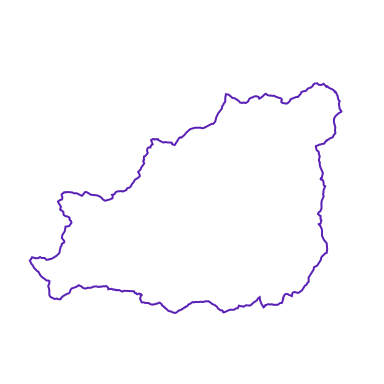 Zlatna, Alba, Romania (orthographic projection), rotated 102°
{"feature_id": "2599482B73731992881180", "entity_name": "Zlatna", "entity_type": "district", "adm_level": 2, "iso_a3": "ROU", "parent_name": "Romania", "parent_adm1": "Alba", "projection": "orthographic", "projection_center": [23.215, 46.13], "detail": "fine", "context": "isolated", "style": "outline", "palette": "violet", "viewbox_px": 384, "rotation_deg": 102, "n_neighbors": 0, "source": "geoboundaries", "source_scale": "gbopen_adm2", "svg_char_len": 5940}
<svg xmlns="http://www.w3.org/2000/svg" viewBox="0 0 384 384"><g transform="rotate(102 192 192)"><path d="M292.7,336.4L295.6,334.2L296.8,332.6L299.1,330.6L301.4,327.2L302.1,325.5L304.8,323.2L306.6,320.8L307.3,318.8L308.8,315.9L308.5,313.8L308.8,312.9L311.5,312.6L313.3,313.1L314.1,313.0L317.0,311.4L322.7,310.0L324.0,308.7L325.2,304.2L324.3,301.9L324.7,300.5L324.2,298.2L322.7,297.9L320.7,296.5L317.8,293.3L316.8,291.5L315.8,290.8L313.3,290.5L311.4,289.7L308.7,285.2L306.8,283.6L306.7,283.3L307.1,282.6L307.2,281.1L308.6,278.3L308.6,276.7L308.2,275.2L307.3,274.1L307.4,273.9L306.6,270.7L305.1,268.8L304.4,266.7L304.2,265.4L304.4,264.0L303.7,262.1L303.8,261.9L302.7,259.4L302.5,257.7L301.8,256.7L302.2,255.4L303.0,254.2L304.5,253.7L303.5,250.7L303.8,249.3L303.5,248.9L303.8,248.0L303.6,247.6L303.8,246.3L303.8,245.7L303.5,245.7L303.5,243.9L303.2,243.6L303.1,242.7L303.9,239.6L303.6,238.9L302.8,238.2L301.4,229.5L301.3,227.9L302.6,227.0L302.8,226.6L302.6,225.7L302.7,225.3L303.4,224.6L303.2,223.8L302.3,222.5L302.6,220.4L303.2,219.9L303.6,220.8L304.6,220.4L307.2,220.6L310.4,218.3L310.0,216.1L310.3,214.9L309.9,213.4L309.9,212.9L309.6,211.4L310.3,209.7L310.5,207.3L309.7,206.0L309.5,204.6L308.4,203.4L308.2,202.3L307.0,201.1L307.1,200.1L308.2,198.2L308.5,198.2L309.3,197.5L309.6,196.2L310.2,195.7L310.6,194.6L311.0,194.4L311.5,193.0L313.0,190.7L313.3,189.6L313.1,188.1L313.6,186.8L313.9,183.6L313.0,182.0L310.7,180.4L310.6,179.8L310.1,179.3L310.1,179.0L309.1,177.7L308.6,177.5L308.6,177.2L306.2,175.0L306.1,174.5L305.4,174.3L305.0,173.3L304.3,172.7L302.7,172.1L302.0,170.8L300.0,169.1L299.4,168.2L299.6,167.3L298.7,165.3L298.6,164.0L297.4,160.0L297.4,158.8L297.0,157.6L296.4,156.8L295.7,154.6L295.7,153.7L295.4,153.3L296.3,150.8L297.3,149.1L297.8,146.4L299.2,143.5L300.5,142.4L301.8,139.5L301.5,138.1L301.8,137.3L303.1,136.6L303.1,135.7L299.3,130.4L298.5,126.6L296.7,124.7L296.1,123.0L293.4,122.5L293.6,120.7L293.3,119.1L293.6,117.9L291.6,115.7L291.0,111.7L290.5,111.0L287.1,108.6L284.8,106.2L282.2,105.2L280.8,103.9L283.6,103.0L286.8,100.9L288.2,99.7L288.4,99.2L290.0,98.1L289.2,97.2L287.3,96.7L287.1,95.8L285.9,94.3L285.8,92.2L285.1,90.5L285.4,89.8L285.3,88.4L285.3,87.6L284.9,86.9L284.7,85.2L284.1,84.2L282.9,83.4L282.2,82.4L281.8,81.0L281.3,80.8L278.1,80.7L277.4,80.4L276.4,81.0L275.4,80.5L273.7,80.3L272.7,79.6L272.0,78.2L271.9,77.3L272.6,75.6L272.6,74.4L273.1,72.7L270.0,72.7L269.5,72.5L268.5,71.1L268.7,67.9L268.3,66.7L265.4,64.0L260.3,62.1L258.8,60.7L257.4,60.4L255.4,59.2L251.5,60.2L242.9,57.0L240.1,57.0L238.6,54.9L237.6,54.1L231.7,51.9L229.5,52.0L228.1,51.5L224.1,48.7L223.5,47.6L219.7,47.9L214.1,49.6L211.2,53.2L207.8,55.7L202.7,56.8L200.9,57.6L197.9,59.9L197.9,60.6L197.1,61.3L196.1,59.7L192.6,59.6L191.7,60.7L188.7,61.2L188.5,61.5L188.5,62.5L187.8,63.2L187.5,64.0L187.1,64.2L185.3,63.7L184.2,62.5L181.2,61.9L175.9,63.1L173.6,63.3L168.9,62.3L167.0,63.3L165.1,63.3L163.1,63.7L158.7,62.9L158.6,63.4L158.1,64.3L157.6,64.7L155.1,65.4L153.7,66.1L152.8,67.3L153.1,68.3L152.6,68.9L151.4,68.7L150.9,68.0L146.3,67.9L140.9,71.7L138.6,72.8L136.4,73.1L136.0,73.7L134.6,74.5L130.4,74.5L128.5,75.9L126.9,76.1L126.0,76.9L125.2,78.6L124.8,79.0L121.7,80.4L121.2,80.3L120.4,78.7L119.1,77.2L118.8,76.1L117.7,74.3L117.2,72.7L115.1,72.0L114.1,71.0L113.6,71.2L112.0,69.1L111.1,68.5L109.1,65.6L107.2,65.4L104.8,64.0L103.7,64.2L102.8,64.8L98.9,65.3L93.9,67.8L90.8,68.3L87.8,67.4L84.0,64.5L82.8,62.9L82.0,62.6L79.9,64.9L75.0,66.7L72.5,66.4L71.9,67.4L71.1,68.1L67.3,69.8L66.5,70.7L64.7,71.7L64.5,72.2L64.6,73.1L63.7,73.3L62.4,76.1L61.7,79.4L60.4,82.0L61.2,82.4L58.8,85.7L60.4,87.7L60.8,90.2L59.7,92.0L60.4,94.6L61.7,95.7L63.3,96.0L65.0,97.4L66.6,100.1L69.4,101.6L70.4,104.1L71.5,105.8L73.4,106.1L77.1,108.2L77.3,109.6L80.7,114.8L81.6,114.8L84.1,116.0L85.9,117.8L86.1,122.0L85.2,123.5L84.6,123.6L83.5,123.2L82.9,123.3L82.4,123.7L81.8,125.0L81.8,126.7L81.3,130.1L80.8,131.7L81.3,133.7L81.2,134.7L81.6,136.2L81.5,138.4L80.6,140.1L81.0,140.9L84.5,143.3L86.7,145.6L85.1,146.8L85.0,149.2L85.6,151.0L86.8,152.4L87.7,154.0L88.9,155.3L91.5,155.9L92.5,156.5L93.9,158.2L93.8,160.5L94.5,161.5L94.5,163.5L93.0,165.6L91.5,169.5L91.5,172.2L89.2,176.2L89.2,179.1L92.3,179.1L96.9,178.3L99.0,179.4L100.0,179.4L101.9,180.3L104.1,180.1L109.5,182.7L113.9,183.8L118.2,183.9L120.9,185.3L121.2,186.8L126.8,193.6L127.5,195.1L127.4,197.4L128.6,202.6L130.8,206.7L134.7,209.7L137.9,211.3L141.1,213.8L140.9,214.8L141.8,215.8L149.7,218.7L149.4,221.3L148.1,221.9L148.0,222.3L148.7,227.0L148.7,228.6L149.6,230.3L148.0,236.4L147.5,236.4L147.9,238.5L148.5,239.5L148.2,240.0L148.3,241.3L149.8,242.8L153.5,240.4L155.1,241.8L157.1,241.9L157.4,243.7L158.5,244.5L159.6,244.7L161.6,244.3L162.9,243.4L163.9,243.7L166.5,245.2L167.3,246.3L169.9,245.9L170.5,245.5L171.1,246.1L172.4,246.0L173.4,244.9L174.2,244.8L178.8,246.8L180.6,247.0L183.6,248.8L185.2,247.4L187.0,246.4L187.7,246.4L189.7,248.0L191.7,250.3L194.8,251.3L196.1,252.1L199.6,253.2L200.7,254.1L201.6,255.9L202.4,256.4L203.5,256.5L204.7,257.9L206.0,260.0L205.7,260.8L206.9,265.1L208.0,266.5L210.3,267.4L211.4,269.6L212.3,268.7L214.7,268.5L216.3,270.7L218.6,275.2L217.9,277.4L216.1,280.0L215.2,282.5L215.1,285.2L215.7,290.2L214.2,294.4L214.1,296.0L214.3,296.6L218.4,298.6L218.6,299.1L217.2,304.5L217.8,306.9L217.3,309.2L218.0,314.4L218.8,315.7L218.7,316.9L220.1,317.8L220.3,318.3L221.4,319.0L222.2,318.9L223.8,317.8L225.6,317.5L226.4,317.7L227.2,319.3L229.1,321.1L230.1,320.5L233.8,317.1L235.8,317.4L236.8,317.2L237.0,316.7L236.8,316.3L238.3,313.6L240.2,313.2L241.3,312.5L242.0,310.2L241.8,308.7L242.5,306.6L243.0,306.2L244.5,306.1L245.0,305.6L245.6,304.3L247.1,303.5L250.8,305.1L251.4,306.2L252.1,308.5L256.9,308.3L261.1,309.9L264.1,309.7L266.6,306.7L267.8,306.5L269.8,308.5L271.8,308.5L272.9,309.1L279.4,309.1L282.5,311.2L285.7,314.5L287.1,316.5L287.1,317.4L287.8,317.9L288.6,320.2L287.2,322.4L287.8,325.1L287.2,327.2L288.6,328.5L289.3,330.7L289.1,334.9L291.0,335.4L292.7,336.4Z" fill="none" stroke="#5b21b6" stroke-width="2"/></g></svg>